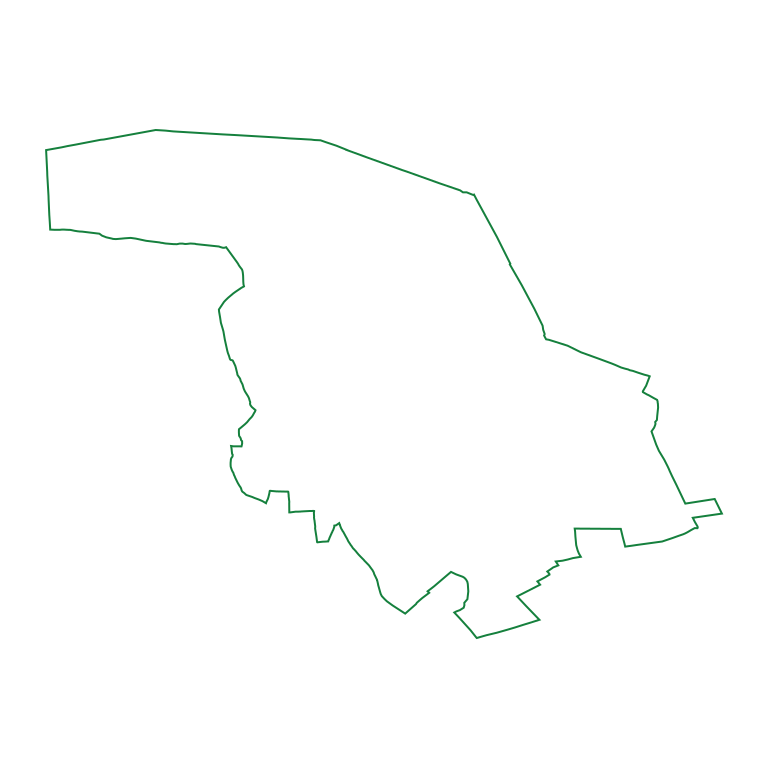 the district of Calarasi, Cluj, Romania
{"feature_id": "2599482B54810479823537", "entity_name": "Calarasi", "entity_type": "district", "adm_level": 2, "iso_a3": "ROU", "parent_name": "Romania", "parent_adm1": "Cluj", "projection": "natural_earth1", "projection_center": [23.841, 46.485], "detail": "fine", "context": "isolated", "style": "outline", "palette": "green", "viewbox_px": 768, "rotation_deg": 0, "n_neighbors": 0, "source": "geoboundaries", "source_scale": "gbopen_adm2", "svg_char_len": 6055}
<svg xmlns="http://www.w3.org/2000/svg" viewBox="0 0 768 768"><path d="M476.7,638.0L486.5,635.2L496.9,632.7L507.8,629.6L514.9,627.5L523.7,624.7L529.3,623.0L539.4,619.8L526.0,605.9L517.1,596.4L540.1,584.7L537.4,581.4L545.1,577.3L549.5,574.6L549.3,573.7L547.3,571.5L551.7,568.5L553.2,567.4L558.3,565.4L555.8,561.5L562.5,560.7L567.8,559.5L572.9,558.1L580.8,556.8L578.9,553.5L577.6,550.3L576.8,547.4L576.2,545.1L575.4,536.5L575.1,531.5L574.7,528.6L620.8,528.9L622.8,537.3L624.4,543.3L625.2,546.6L631.9,545.7L636.6,545.0L662.2,541.5L672.6,538.0L676.2,536.7L679.0,535.7L683.1,534.3L685.2,533.4L687.5,532.2L691.2,530.0L694.7,528.1L697.4,528.2L697.7,527.8L697.7,527.1L697.5,526.4L694.9,522.0L692.8,517.8L721.9,513.6L714.7,499.0L685.3,503.6L676.3,484.7L672.1,476.2L669.6,470.8L669.0,469.3L667.7,466.5L664.2,459.6L658.9,450.8L656.2,444.6L651.5,431.4L654.1,427.7L655.0,425.5L655.5,423.9L655.2,422.0L656.9,420.0L657.2,416.1L658.1,407.6L657.9,403.6L657.7,402.9L657.6,401.4L657.1,399.9L653.6,398.0L648.7,395.2L647.1,394.5L642.9,392.1L642.8,391.8L642.9,391.2L645.3,387.1L646.1,385.8L649.7,376.3L647.8,375.6L644.3,374.7L638.1,372.7L632.9,370.9L629.7,370.2L628.3,369.5L624.8,368.6L621.1,367.5L615.4,365.0L611.7,363.5L599.0,358.8L581.0,352.3L576.9,350.3L567.6,345.7L555.0,341.7L548.9,339.8L546.1,339.3L545.5,338.2L545.0,337.3L544.1,335.5L544.6,334.4L544.6,333.8L543.2,329.8L542.6,325.7L534.4,308.9L521.7,285.1L509.8,264.4L510.3,263.7L509.5,262.1L496.9,236.9L476.7,199.8L474.0,194.6L473.3,195.0L472.6,194.7L472.0,194.5L466.6,192.3L462.9,192.3L460.2,190.4L439.2,183.2L406.5,171.5L402.0,170.0L366.7,157.3L346.7,150.0L346.8,149.9L336.4,145.7L326.2,142.3L320.5,140.3L314.3,140.0L311.2,139.6L305.7,139.3L300.8,139.0L298.5,138.9L289.3,138.4L277.1,137.5L236.2,135.1L222.8,134.4L173.2,131.4L165.4,130.6L155.7,130.0L103.9,139.5L100.6,139.8L75.7,144.6L67.4,146.1L61.8,147.3L46.1,150.1L47.2,171.9L47.3,175.5L48.5,196.0L48.6,199.4L49.3,215.0L49.8,222.4L50.1,227.6L50.2,229.6L54.5,229.8L59.8,229.8L62.0,229.6L64.0,229.6L67.2,229.8L70.2,229.9L70.9,230.0L74.6,230.8L77.8,231.3L79.7,231.5L82.0,231.6L99.4,233.7L102.1,235.7L104.5,236.6L106.2,237.3L111.1,238.4L112.3,238.7L112.9,238.9L115.9,239.1L121.7,238.6L124.8,238.3L130.6,237.9L135.8,238.6L146.1,240.8L159.4,242.4L161.2,242.8L162.4,242.9L163.8,243.2L165.7,243.5L173.2,244.1L176.9,244.2L179.7,243.6L182.6,243.6L185.1,244.0L187.0,243.9L190.4,243.5L195.1,243.8L196.0,244.1L218.9,246.5L220.5,247.1L222.6,247.7L223.9,247.8L225.1,247.6L226.1,247.2L237.2,262.5L238.3,264.2L238.8,265.2L239.9,266.8L242.0,269.5L242.2,270.1L242.5,271.0L242.8,272.7L243.1,275.7L243.3,282.0L243.5,284.4L244.0,286.4L241.4,287.8L235.5,291.8L233.3,293.4L228.2,297.7L225.6,300.2L224.0,301.9L218.9,309.5L219.1,311.7L220.1,317.5L220.6,320.8L220.9,322.8L221.8,325.8L222.7,328.8L223.4,331.3L223.7,333.0L224.7,338.9L225.0,340.4L226.1,345.4L227.3,350.8L227.9,353.0L229.0,355.9L229.9,358.9L230.3,359.6L230.9,360.0L232.1,360.2L232.7,360.5L233.1,361.2L235.3,365.9L235.8,367.6L236.6,370.9L237.2,373.3L237.4,374.6L237.6,375.1L239.9,378.4L240.3,379.3L240.6,380.7L242.5,384.4L243.0,386.1L243.7,388.6L244.8,391.1L245.5,392.3L246.4,393.7L248.1,396.4L249.0,398.3L249.7,400.8L250.1,401.8L250.2,402.7L250.0,403.8L250.5,405.3L251.9,407.1L255.5,410.2L255.0,411.6L254.2,412.8L252.8,415.4L251.9,416.7L251.3,417.4L249.7,419.0L247.1,422.2L245.0,424.2L241.2,427.4L239.0,429.2L238.9,430.1L238.9,431.6L238.9,432.6L239.1,435.7L239.5,436.5L240.2,437.4L240.6,438.2L240.8,438.7L241.0,439.9L241.4,440.5L241.7,440.7L241.9,441.0L242.1,441.2L242.1,441.5L242.1,442.6L242.2,443.1L241.8,445.2L241.5,446.4L237.5,446.3L234.8,446.3L233.3,446.3L231.1,446.0L231.5,448.1L231.8,451.3L232.1,453.8L232.7,454.8L232.6,455.8L232.5,456.4L232.3,456.8L231.5,457.8L231.0,459.0L230.9,459.5L230.8,460.8L230.6,462.8L230.6,463.8L230.6,464.9L230.7,466.6L231.0,467.6L231.7,469.7L232.6,471.7L233.2,472.5L234.1,475.2L234.6,476.1L235.4,478.1L237.7,482.8L239.2,485.4L240.7,487.6L241.1,488.5L241.6,490.3L242.0,491.1L242.4,491.7L242.8,492.0L244.2,493.0L246.1,494.8L246.7,495.1L252.3,497.0L254.6,498.0L258.7,499.5L262.4,501.1L266.0,503.2L266.4,501.9L267.9,498.9L268.5,496.9L268.9,495.2L269.4,493.1L269.7,491.1L269.8,490.9L270.0,490.8L271.2,490.9L271.7,491.0L273.2,491.1L276.4,491.4L286.2,491.6L287.9,491.6L288.2,491.7L288.3,491.9L288.6,494.6L288.6,494.8L288.7,495.4L288.6,496.0L288.8,497.1L288.8,497.4L289.3,502.0L289.2,502.8L289.3,512.4L290.3,512.4L295.4,511.7L300.3,511.6L300.8,511.5L302.4,511.4L309.6,511.0L311.3,511.0L313.5,510.9L314.1,511.0L314.1,511.5L313.9,512.5L313.9,513.5L314.0,514.7L314.0,515.3L314.1,516.4L314.0,517.5L314.3,519.7L314.5,520.4L314.6,521.4L315.1,525.5L315.2,526.0L315.2,527.0L315.1,528.3L315.1,528.5L316.4,536.7L317.1,542.1L317.3,542.3L317.5,542.3L322.8,541.7L325.4,541.6L328.2,541.4L328.3,540.9L328.5,540.3L328.9,539.7L329.6,537.7L330.3,536.2L331.1,534.3L331.3,534.0L331.6,533.1L331.9,532.7L332.3,531.8L332.4,531.5L332.6,531.0L333.0,530.4L333.3,529.7L334.2,527.1L334.3,526.3L334.3,525.6L336.1,525.3L336.4,525.1L336.5,525.0L339.2,523.1L339.7,524.5L339.8,525.1L339.9,525.3L340.0,525.3L340.0,525.5L340.3,526.1L340.7,527.3L341.4,528.9L342.0,529.8L342.6,531.0L343.3,531.9L346.0,536.9L346.5,537.7L347.3,539.2L348.4,541.5L349.0,542.3L349.4,543.0L349.8,543.5L350.7,545.0L351.3,545.7L352.7,547.8L353.2,548.5L354.2,549.4L354.5,549.8L355.8,551.2L356.9,552.6L358.6,554.6L360.6,556.7L363.9,560.0L364.4,560.7L365.8,562.1L369.0,565.4L370.5,567.5L371.1,568.3L371.9,569.4L372.4,570.0L373.7,572.4L374.3,574.3L375.6,576.9L375.8,577.4L376.3,578.4L376.8,579.4L377.0,579.8L377.0,580.1L377.0,580.4L377.2,580.6L377.6,582.2L377.9,583.6L378.1,584.5L378.2,585.2L378.7,586.9L380.1,591.9L380.7,593.9L381.8,596.1L384.4,598.9L386.9,601.3L392.7,605.5L398.4,609.2L405.2,613.6L416.0,604.1L416.8,602.8L419.6,600.3L422.3,598.0L429.2,592.8L427.6,591.3L434.1,586.3L445.7,576.4L451.0,571.9L456.2,574.4L462.8,576.8L464.4,577.8L466.0,579.5L467.3,581.7L467.8,584.0L468.3,591.4L467.4,599.2L464.3,602.8L464.4,605.2L463.7,607.7L459.9,610.1L456.4,611.4L454.3,612.5L459.1,617.6L470.5,630.2L476.7,638.0Z" fill="none" stroke="#15803d" stroke-width="2"/></svg>